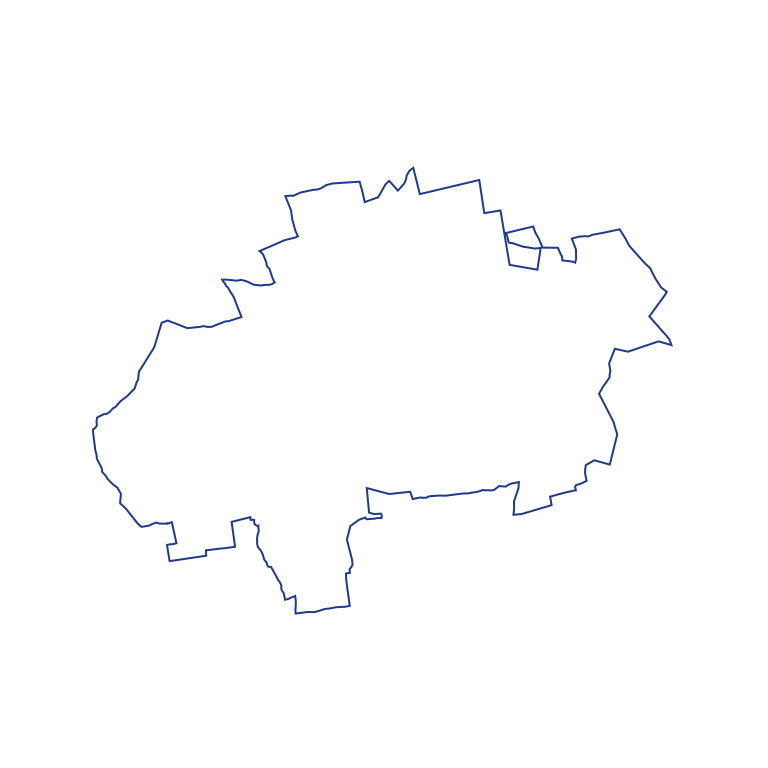 outline of Tekit, Yucatán, Mexico, rotated 346°
{"feature_id": "50627088B28791012424217", "entity_name": "Tekit", "entity_type": "district", "adm_level": 2, "iso_a3": "MEX", "parent_name": "Mexico", "parent_adm1": "Yucatán", "projection": "mercator", "projection_center": [-89.286, 20.569], "detail": "fine", "context": "isolated", "style": "outline", "palette": "blue", "viewbox_px": 768, "rotation_deg": 346, "n_neighbors": 0, "source": "geoboundaries", "source_scale": "gbopen_adm2", "svg_char_len": 4524}
<svg xmlns="http://www.w3.org/2000/svg" viewBox="0 0 768 768"><g transform="rotate(346 384 384)"><path d="M672.3,415.8L671.7,409.9L670.5,407.0L657.8,382.6L677.9,365.8L680.7,363.0L676.3,357.5L674.4,351.9L673.1,348.3L672.3,345.0L671.0,339.7L670.4,336.2L667.2,331.4L665.2,327.9L655.6,309.6L655.4,309.0L655.1,308.2L654.6,306.1L654.1,303.7L654.0,303.1L650.1,290.9L634.7,290.4L623.3,289.7L621.4,289.6L620.4,290.0L617.5,290.2L615.2,289.3L609.0,288.2L601.4,288.3L602.8,300.1L600.7,308.9L598.9,312.5L596.2,310.7L586.9,307.2L587.4,305.3L587.5,303.5L586.7,300.0L585.7,293.9L570.8,290.0L569.5,281.0L567.4,273.2L566.9,267.3L539.0,267.0L539.3,271.7L539.2,277.0L542.9,278.5L552.1,284.4L557.0,286.4L557.9,286.8L562.9,289.0L568.9,289.9L560.5,310.2L534.7,298.8L539.0,243.8L522.7,242.5L522.7,241.8L525.8,209.1L464.7,208.4L464.7,181.4L460.2,183.3L456.3,187.3L455.2,190.2L452.2,194.3L444.3,199.7L438.2,188.2L433.9,190.5L423.5,201.4L409.3,202.8L409.6,192.7L409.3,181.8L382.8,177.0L376.2,177.0L369.7,179.0L365.8,179.1L362.7,178.5L349.5,178.0L341.3,179.5L339.4,178.7L333.7,177.9L335.8,192.9L334.8,202.2L335.1,214.1L336.2,219.8L333.8,220.4L326.3,220.4L322.4,220.4L308.8,222.7L295.4,224.9L296.2,226.1L297.6,228.1L298.2,230.0L299.2,237.7L299.0,239.7L299.0,241.4L299.8,243.1L300.3,243.8L300.8,245.1L301.3,253.0L302.1,257.8L302.5,259.0L299.4,260.0L296.7,260.0L294.8,259.6L291.2,258.8L289.0,258.8L281.7,256.2L275.5,251.1L273.7,250.1L270.5,248.4L266.4,248.2L259.7,245.8L255.7,244.4L252.5,243.8L252.3,243.7L252.7,245.6L253.2,246.4L254.3,248.7L254.3,250.3L255.9,252.6L256.5,254.8L256.7,255.6L259.2,263.2L260.1,270.4L261.9,284.5L248.7,285.4L246.9,285.2L245.0,284.9L230.4,286.8L226.5,285.9L222.8,284.1L220.6,284.1L220.0,284.1L219.0,284.0L206.9,282.3L206.4,282.0L206.1,281.8L189.5,270.1L183.1,270.8L169.9,292.8L149.1,312.9L146.4,320.5L144.7,322.0L141.0,328.0L132.1,333.5L124.1,337.0L117.8,341.4L115.0,342.1L111.1,344.7L107.7,345.9L104.8,345.5L102.5,346.0L97.5,347.2L96.1,350.4L96.1,350.5L95.4,354.6L94.3,355.9L92.5,357.1L90.7,357.6L90.1,360.0L89.5,364.5L88.3,375.0L87.9,377.1L87.9,383.8L87.6,385.7L87.3,387.0L89.5,396.2L89.7,398.4L89.3,401.2L91.9,406.0L92.8,409.3L96.9,416.1L100.2,420.0L101.8,425.6L102.1,427.2L99.2,435.3L99.3,436.3L101.5,439.5L103.7,443.1L110.3,457.7L111.0,459.3L113.9,463.8L115.5,464.1L122.0,464.6L124.1,464.0L129.3,463.3L132.1,465.0L139.5,467.0L139.6,466.7L140.5,466.7L140.7,467.1L144.7,466.7L144.1,488.3L140.6,488.3L135.7,487.6L134.5,487.8L133.1,504.0L169.9,507.6L171.0,502.3L187.1,504.3L188.1,504.6L200.1,505.9L202.8,480.9L222.1,480.9L221.6,483.5L223.5,484.0L225.0,484.3L224.9,484.8L224.9,485.2L224.9,485.5L224.8,486.0L224.6,487.3L224.5,488.6L225.6,489.9L226.6,491.0L227.3,491.9L227.7,491.6L227.2,494.0L227.1,495.5L226.3,497.6L225.4,498.7L223.5,502.9L222.3,508.2L222.1,511.4L224.5,516.6L224.7,518.5L225.2,520.2L225.2,520.7L225.2,523.1L225.2,524.6L225.6,526.1L226.9,528.7L226.9,531.9L227.6,533.3L230.2,534.3L232.9,544.3L233.8,548.3L235.0,551.3L235.7,554.8L235.5,555.7L234.9,556.9L234.9,559.4L236.1,562.8L235.8,569.4L237.9,569.4L239.6,569.4L241.9,568.7L242.5,568.8L246.5,568.2L246.0,572.7L245.4,575.4L243.1,582.9L242.8,585.4L254.4,586.7L259.2,587.9L260.6,588.3L261.8,588.6L262.9,588.5L263.9,588.4L265.5,588.5L269.0,588.1L272.5,588.0L275.1,588.4L275.6,588.5L277.5,588.7L283.3,589.0L288.4,589.9L291.8,590.7L297.1,591.0L299.0,573.0L300.0,565.0L300.4,562.5L300.6,562.0L301.3,558.7L305.2,559.0L305.7,555.5L308.7,553.1L309.8,551.7L310.5,546.8L310.4,530.8L310.4,525.9L317.0,513.7L326.8,509.7L333.4,509.0L334.4,511.0L342.7,512.4L345.4,512.5L349.1,513.5L349.4,513.1L349.9,511.3L349.8,509.1L342.9,507.8L338.4,505.2L342.1,480.8L362.4,492.0L373.3,493.5L383.3,494.9L384.1,502.6L386.5,502.6L389.8,502.9L391.9,502.8L393.5,503.8L394.8,503.8L397.3,504.6L400.7,503.9L409.2,505.3L417.0,507.3L435.4,509.5L438.0,510.3L448.6,511.2L450.7,511.1L454.5,510.7L455.4,511.3L463.8,513.5L465.2,513.4L471.0,510.9L471.8,511.2L477.4,513.0L480.5,511.9L483.5,511.4L486.3,511.6L491.2,511.8L490.2,514.5L489.4,517.4L487.0,521.2L485.9,522.8L481.6,529.7L480.4,535.4L478.8,540.0L478.0,542.2L485.5,543.4L489.5,543.3L517.3,542.1L517.9,533.5L529.5,533.2L532.2,533.2L536.3,533.2L538.2,533.3L540.1,533.3L544.5,533.5L544.5,530.0L545.8,528.6L551.7,528.2L557.1,527.0L557.5,519.6L558.3,516.1L559.4,513.5L560.2,511.5L569.6,508.9L583.6,516.8L598.1,489.4L597.6,480.2L597.6,476.8L596.9,473.7L596.7,472.7L590.3,445.5L595.4,440.0L604.5,432.2L605.0,430.1L606.9,425.5L607.4,418.5L616.5,405.7L628.6,411.7L643.6,410.4L660.8,409.1L672.3,415.8Z" fill="none" stroke="#1e3a8a" stroke-width="2"/></g></svg>